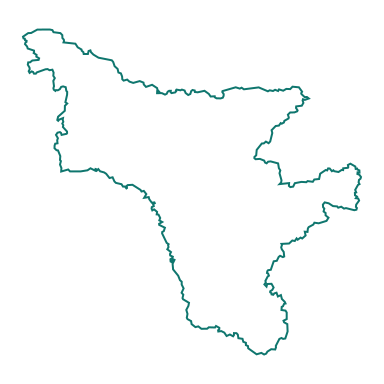 outline of Amur
{"feature_id": "RUS-2609", "entity_name": "Amur", "entity_type": "Region", "adm_level": 1, "iso_a3": "RUS", "parent_name": "Russia", "parent_adm1": "", "projection": "orthographic", "projection_center": [128.173, 52.947], "detail": "fine", "context": "isolated", "style": "outline", "palette": "teal", "viewbox_px": 384, "rotation_deg": 0, "n_neighbors": 0, "source": "natural_earth", "source_scale": "10m", "svg_char_len": 5847}
<svg xmlns="http://www.w3.org/2000/svg" viewBox="0 0 384 384"><path d="M95.1,170.6L90.5,168.3L87.5,170.3L80.6,171.4L70.0,171.4L68.2,169.5L61.2,171.5L61.4,168.0L60.0,164.6L60.9,161.1L60.0,160.0L60.3,156.1L58.0,150.4L56.5,150.2L54.5,148.2L54.6,145.5L55.2,143.7L57.5,143.3L57.2,140.2L57.9,138.2L56.0,134.9L57.5,132.7L59.9,132.1L61.0,132.9L61.6,134.9L66.6,133.8L67.1,133.1L67.0,131.5L62.9,127.0L63.3,125.2L62.3,123.6L63.3,121.8L62.7,119.8L63.0,118.1L59.2,119.6L58.2,120.8L57.3,120.0L58.1,116.7L64.8,110.8L64.9,105.8L67.2,103.5L65.4,102.2L67.1,94.7L67.2,91.9L66.3,90.8L65.7,87.2L63.1,86.4L61.2,86.9L59.8,89.2L57.8,90.3L56.0,90.1L55.4,90.9L53.8,89.7L53.4,88.2L54.0,86.2L53.3,80.9L54.8,78.1L53.3,75.8L53.6,72.6L52.4,69.7L49.5,70.2L47.6,69.1L45.5,69.3L36.8,72.4L35.8,73.7L34.0,73.7L33.1,72.0L31.7,71.4L29.6,72.9L28.7,71.2L29.7,69.3L29.5,67.6L27.8,64.7L28.2,62.4L30.1,62.3L32.3,60.5L38.6,59.9L39.1,58.3L36.3,56.6L36.6,54.9L33.7,53.0L34.1,52.3L34.0,50.6L27.7,48.5L27.1,46.5L25.0,44.1L25.5,42.5L26.5,41.9L26.6,40.8L25.0,40.1L24.8,38.7L23.5,38.4L23.0,36.7L28.2,33.1L31.1,33.0L37.3,29.6L49.7,29.5L52.4,30.1L53.5,32.2L60.4,33.1L62.3,35.1L62.4,38.0L63.8,39.6L64.0,41.0L63.5,42.4L75.4,43.7L77.7,47.3L81.5,49.5L81.7,50.7L83.4,52.2L83.7,54.0L87.9,54.0L88.6,51.0L90.4,50.4L91.0,52.2L93.4,54.6L98.5,57.7L111.8,60.3L113.2,62.0L114.6,66.2L117.6,68.9L118.4,72.5L120.9,73.4L122.1,76.5L122.3,79.3L123.6,80.6L127.2,79.6L129.4,81.6L133.2,82.9L139.7,81.1L143.5,82.6L143.8,84.5L146.0,86.9L152.1,84.8L157.1,88.1L157.4,89.7L158.6,91.1L157.2,91.1L157.1,93.2L161.8,93.1L165.0,94.6L166.7,93.8L167.7,91.7L169.2,90.8L170.8,90.8L170.6,92.3L171.6,93.1L175.2,92.4L176.2,91.2L175.9,90.4L176.5,89.6L180.5,90.3L181.9,89.6L184.6,90.5L185.6,93.0L188.2,95.0L190.3,94.0L191.2,91.1L192.5,90.0L194.7,90.5L194.9,92.0L197.7,92.3L204.5,90.8L208.8,93.9L210.6,96.5L214.7,96.3L214.8,97.3L216.5,98.3L220.7,98.4L222.8,97.7L223.6,95.9L223.7,94.1L222.3,92.0L222.5,91.1L235.7,87.3L239.8,88.6L241.6,87.7L243.9,89.3L258.7,87.4L267.9,91.3L269.7,90.3L273.0,91.0L275.1,89.8L278.1,91.0L279.0,89.4L283.2,90.7L286.3,88.9L290.2,89.1L292.5,86.7L298.9,87.3L302.1,91.7L301.2,93.2L301.5,94.1L304.7,97.1L306.9,97.0L308.8,98.5L304.8,99.9L303.0,99.2L302.6,100.5L303.4,102.9L301.8,105.7L296.2,106.4L296.0,108.0L297.6,110.4L297.2,111.3L294.4,112.4L290.1,112.5L287.9,114.7L288.8,117.4L288.5,118.5L284.4,120.8L283.9,122.5L281.7,123.7L280.7,123.1L278.9,125.6L275.7,126.0L271.6,130.2L272.3,133.0L270.2,141.5L268.6,143.2L265.9,141.6L263.8,143.4L261.8,143.5L256.7,149.9L256.2,155.3L254.4,157.0L254.4,158.2L255.6,159.2L259.9,158.9L264.2,160.6L265.1,162.6L266.6,163.3L268.1,161.7L270.6,161.4L278.1,163.4L278.9,168.2L280.3,170.4L279.5,173.2L281.5,180.3L281.1,182.5L279.6,184.1L289.1,183.1L288.9,185.9L290.3,187.1L293.2,186.6L294.8,183.2L301.4,181.9L306.3,182.2L307.6,181.1L312.8,181.8L314.3,179.5L319.1,179.0L320.2,173.7L325.7,170.0L327.2,170.4L328.1,168.4L329.7,168.5L331.9,171.2L333.4,170.3L334.2,171.2L338.5,172.0L341.7,169.9L343.1,170.1L343.2,168.3L347.9,167.8L348.3,167.1L347.9,165.0L350.4,163.7L355.3,166.5L355.7,168.9L357.1,168.6L357.5,169.6L359.4,170.4L359.5,172.5L357.6,172.3L357.4,174.0L359.4,174.8L361.0,177.0L360.5,178.7L359.0,179.9L358.6,182.3L359.5,184.1L358.0,184.9L355.2,189.9L356.2,192.4L354.9,192.8L355.0,195.3L357.0,196.6L355.9,198.2L358.2,198.5L359.1,200.6L356.2,204.6L355.9,206.9L356.9,208.0L356.4,209.7L354.3,210.2L346.0,208.1L344.0,208.6L341.2,206.7L338.2,207.7L337.1,206.4L333.0,206.1L328.7,203.3L324.7,202.4L322.9,204.6L323.1,207.2L324.3,208.6L323.6,211.5L325.6,213.0L325.6,215.4L328.5,217.7L326.5,220.9L318.7,223.3L314.4,222.7L313.3,224.6L308.7,227.1L307.9,228.4L307.5,231.9L304.8,231.7L305.6,235.5L302.2,238.5L300.6,237.6L297.7,239.7L296.6,238.4L294.8,241.0L292.3,240.5L289.1,243.5L281.5,243.9L282.0,244.9L281.2,247.3L281.8,249.3L283.7,251.9L284.2,256.5L282.9,257.1L280.1,255.8L278.7,256.9L276.8,260.8L273.7,261.3L270.8,269.8L268.1,270.2L267.3,271.2L267.0,273.0L268.1,273.5L268.9,275.7L267.7,276.5L265.4,280.9L265.8,282.5L264.4,284.4L266.5,286.6L267.2,284.0L271.5,283.8L273.6,287.5L272.3,289.9L270.2,291.3L270.2,292.3L271.7,293.4L271.6,294.4L273.2,294.8L274.3,293.4L276.5,292.7L277.9,296.5L280.9,295.1L281.9,299.0L284.8,301.9L285.5,303.5L284.1,303.8L283.0,306.2L281.7,306.9L281.5,310.0L285.5,310.6L286.7,312.5L286.7,319.1L283.5,320.7L284.1,322.3L287.3,324.1L287.6,331.5L285.3,338.5L283.1,338.9L281.5,338.0L279.4,338.9L275.8,345.9L276.0,347.3L275.2,349.5L271.2,349.2L267.4,351.6L266.2,353.6L264.1,354.5L261.4,352.9L256.6,354.3L248.2,348.3L248.0,346.1L245.9,345.1L245.9,342.8L243.3,341.8L242.5,338.8L238.4,338.2L237.8,334.6L236.5,333.2L234.0,333.1L233.9,335.2L233.1,336.3L229.9,334.5L226.6,336.0L224.3,332.6L221.3,331.1L218.3,331.5L218.1,330.3L219.3,329.1L219.3,327.8L216.0,326.0L215.0,327.5L208.8,327.3L207.2,328.7L201.4,328.8L198.3,326.4L195.4,327.1L191.6,324.1L191.1,321.1L187.5,319.1L186.8,317.8L187.5,313.9L186.3,309.9L188.4,305.9L189.0,302.8L183.1,299.3L182.5,298.1L183.3,294.7L181.6,292.8L183.6,288.4L181.7,284.6L181.7,281.7L180.0,280.2L178.2,275.7L173.1,269.4L172.6,263.8L174.5,259.9L172.9,259.2L171.7,262.1L170.6,261.5L170.4,259.2L172.5,257.8L172.8,256.7L170.2,255.5L170.0,254.0L171.0,252.1L167.3,249.3L168.5,247.1L168.1,245.1L168.6,244.2L166.7,242.9L162.1,233.4L162.2,232.0L163.8,231.1L164.9,227.7L159.2,224.9L159.1,223.8L162.2,222.0L159.3,220.4L160.2,218.0L158.5,214.6L156.7,214.4L157.1,211.9L154.1,209.4L152.3,210.4L151.6,208.7L151.8,207.1L153.8,206.1L153.1,204.2L154.8,203.2L154.4,202.4L151.8,202.7L149.3,199.3L148.7,197.1L144.2,197.8L146.3,194.1L143.8,190.9L141.5,191.5L140.5,189.9L132.5,184.8L127.7,185.1L126.7,185.9L127.0,188.0L126.4,188.4L124.9,186.5L123.0,186.6L121.5,184.2L115.9,182.9L114.4,181.4L112.6,177.3L109.5,178.0L106.2,173.8L104.1,172.4L100.1,171.3L98.3,169.1L96.5,170.9L96.0,170.6L96.7,169.9L96.4,169.3L95.5,169.0L95.1,170.6Z" fill="none" stroke="#0f766e" stroke-width="2"/></svg>